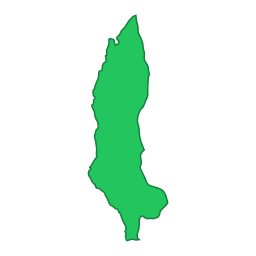 SVG path tracing the border of Amazonas
{"feature_id": "PER-584", "entity_name": "Amazonas", "entity_type": "Department", "adm_level": 1, "iso_a3": "PER", "parent_name": "Peru", "parent_adm1": "", "projection": "robinson", "projection_center": [-78.131, -4.99], "detail": "fine", "context": "isolated", "style": "filled", "palette": "green", "viewbox_px": 256, "rotation_deg": 0, "n_neighbors": 0, "source": "natural_earth", "source_scale": "10m", "svg_char_len": 3727}
<svg xmlns="http://www.w3.org/2000/svg" viewBox="0 0 256 256"><path d="M115.4,45.4L116.1,45.1L116.8,44.3L117.7,44.1L118.5,43.8L118.9,42.6L118.8,41.1L118.2,40.3L117.4,39.7L116.9,38.7L116.9,37.4L117.4,36.6L119.2,35.1L119.8,34.2L121.4,30.9L122.1,30.0L124.4,27.8L129.4,20.2L133.0,16.6L133.9,16.1L135.8,15.4L136.6,21.5L137.7,25.8L137.9,26.8L138.1,31.4L138.2,32.4L138.4,33.2L140.8,38.0L142.2,41.8L142.8,43.9L143.3,48.9L144.3,52.3L144.4,53.2L144.4,53.9L144.3,55.3L144.2,57.1L144.3,58.6L144.5,59.7L144.7,60.5L144.9,61.1L147.1,64.5L147.4,65.2L147.9,66.5L148.2,67.4L148.6,71.0L148.9,72.5L149.2,73.3L149.4,74.0L149.3,74.7L148.6,76.4L148.2,78.5L147.7,88.1L147.8,91.6L147.6,95.6L147.2,97.3L146.8,98.3L145.7,100.6L144.2,104.5L143.0,106.9L142.7,107.4L141.9,108.1L141.0,109.2L140.1,110.5L139.2,112.0L138.1,115.4L137.7,117.3L137.5,120.2L137.5,121.7L137.6,122.7L137.8,123.6L138.4,125.2L138.9,128.0L139.6,136.0L140.7,141.2L144.2,150.0L142.3,151.7L140.9,154.0L140.6,155.0L140.5,155.7L140.5,156.5L141.3,161.9L141.3,162.8L141.2,164.0L140.9,164.8L140.0,166.4L140.5,168.8L145.2,178.6L146.4,182.0L147.7,183.9L148.4,184.7L149.8,185.6L151.8,186.2L158.0,188.1L160.6,189.2L162.2,190.2L163.1,191.0L164.1,192.3L165.4,194.6L166.0,196.0L166.2,197.1L167.5,201.4L167.6,203.1L166.3,205.0L162.0,209.1L161.0,210.3L160.4,211.2L160.1,212.0L159.7,213.8L159.3,214.8L158.7,216.2L157.9,217.1L157.0,217.6L153.6,218.6L152.8,218.6L151.4,218.4L150.4,218.4L147.8,218.6L147.0,218.6L146.1,218.3L145.4,217.9L144.0,217.0L142.6,216.2L141.7,216.0L140.4,216.9L140.0,217.5L139.7,218.4L139.3,220.3L139.3,223.5L138.8,228.9L137.4,233.8L137.2,235.5L137.3,236.8L137.5,237.6L137.9,238.4L138.3,238.9L139.1,239.6L136.4,240.0L135.3,239.9L133.7,239.4L132.7,239.1L131.9,239.2L131.1,239.3L130.0,239.8L127.9,240.3L126.9,240.6L126.3,239.9L126.2,239.4L126.0,238.0L125.5,236.5L125.6,235.3L125.9,234.0L126.0,233.0L125.8,232.6L125.1,231.8L125.0,231.5L125.1,230.9L125.5,230.7L125.8,230.5L126.0,230.2L125.9,227.7L125.7,226.6L125.3,225.4L122.6,220.4L120.6,214.4L120.1,213.4L118.7,212.1L118.7,211.7L118.2,210.3L117.9,209.8L117.2,209.2L114.9,208.3L113.4,206.8L110.6,205.2L109.4,203.7L107.4,198.8L105.6,195.8L104.9,193.6L104.4,192.6L103.1,191.6L100.9,190.0L99.8,188.8L99.2,188.5L98.9,188.4L98.3,188.5L97.8,188.4L97.2,188.3L96.5,187.8L96.1,187.5L95.9,187.2L95.6,186.1L95.5,185.8L95.3,185.3L92.0,181.6L91.6,180.9L90.8,178.8L90.5,178.4L90.2,177.6L89.9,177.2L88.9,175.8L88.6,174.9L88.4,173.3L88.5,172.5L88.8,171.4L89.0,171.1L89.1,170.8L89.3,170.6L89.6,170.4L90.0,170.2L90.3,169.9L90.8,169.0L90.9,168.6L90.8,168.3L90.6,168.2L90.0,167.9L89.9,167.8L89.8,167.6L89.7,167.2L89.8,166.9L90.0,166.7L90.7,166.4L90.9,166.3L91.1,166.0L92.2,163.9L92.3,163.8L94.7,159.6L95.0,159.2L96.1,158.0L96.5,157.0L96.7,156.5L96.7,156.1L96.6,155.6L96.5,155.2L96.4,154.2L96.7,149.2L96.0,143.5L95.8,141.6L94.9,138.7L94.7,137.7L94.6,136.7L94.7,135.7L94.9,134.3L96.1,130.2L96.4,129.7L97.3,129.0L97.7,128.5L98.1,127.4L98.2,126.6L98.2,125.7L97.8,122.7L97.6,122.0L96.9,120.4L95.8,118.7L95.1,116.5L94.3,111.4L92.3,107.4L91.7,105.4L93.0,104.4L93.5,103.5L93.5,102.5L93.5,101.4L93.6,100.3L94.3,99.0L95.1,98.0L95.2,97.1L94.0,96.3L93.4,95.2L93.1,93.2L93.0,91.1L93.4,89.9L94.3,89.1L94.7,88.0L95.2,85.5L98.2,78.4L98.7,76.0L98.7,72.7L98.9,71.7L99.4,71.2L100.0,71.0L100.5,70.9L101.2,70.7L101.9,70.3L102.1,70.1L102.1,69.7L102.5,65.6L102.9,64.5L103.4,63.4L103.7,63.2L104.3,62.8L104.7,62.6L105.9,61.2L106.2,60.2L105.6,56.6L105.6,55.9L105.6,55.6L105.8,55.5L106.5,55.4L106.8,55.0L106.9,54.5L106.7,53.4L106.6,51.4L106.7,50.3L107.1,49.1L108.0,46.9L108.0,46.7L108.7,44.4L109.1,42.0L109.1,41.4L108.8,40.3L108.7,39.9L109.3,38.9L110.1,38.6L111.1,38.8L113.3,39.4L113.9,40.0L114.2,40.8L114.9,44.4L115.4,45.4Z" fill="#22c55e" stroke="#15803d" stroke-width="1.5"/></svg>